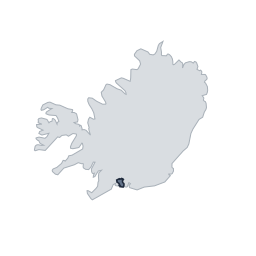 Flóahreppur, Suðurland, Iceland shown in context, rotated 333°
{"feature_id": "244011B29431294757890", "entity_name": "Flóahreppur", "entity_type": "district", "adm_level": 2, "iso_a3": "ISL", "parent_name": "Iceland", "parent_adm1": "Suðurland", "projection": "albers", "projection_center": [-20.876, 63.886], "detail": "fine", "context": "in_parent", "style": "filled", "palette": "slate", "viewbox_px": 256, "rotation_deg": 333, "n_neighbors": 0, "source": "geoboundaries", "source_scale": "gbopen_adm2", "svg_char_len": 4900}
<svg xmlns="http://www.w3.org/2000/svg" viewBox="0 0 256 256"><g transform="rotate(333 128 128)"><path d="M183.6,74.3L185.5,74.3L188.4,72.7L192.5,68.2L194.3,67.1L198.5,66.7L193.7,71.1L192.2,75.7L191.0,77.9L191.1,78.9L195.0,81.1L196.7,80.1L197.5,80.4L198.3,81.6L199.0,84.0L198.9,86.6L198.1,89.2L196.9,91.5L197.1,92.2L198.3,92.4L204.3,90.5L205.3,93.6L206.0,94.6L205.9,95.7L203.8,99.3L206.5,96.9L208.7,96.0L212.7,96.7L214.4,97.7L215.6,99.8L217.5,98.9L218.5,100.0L218.7,101.3L218.2,105.0L216.1,107.1L217.8,109.5L219.0,109.4L219.2,110.0L219.3,111.6L217.7,113.6L220.9,115.2L221.3,115.9L221.4,118.3L221.1,119.6L220.2,120.5L218.1,120.9L216.9,121.9L217.5,123.2L217.5,127.2L216.1,130.6L214.7,132.4L213.2,133.7L208.8,132.9L209.2,135.7L207.8,137.5L208.3,138.9L208.9,139.6L208.8,141.4L207.2,145.4L205.9,146.8L203.2,148.5L199.4,152.3L195.2,152.6L185.4,158.4L181.6,161.4L174.9,169.9L171.9,172.2L166.7,173.5L151.1,179.6L149.4,182.8L149.4,183.5L150.1,184.7L149.0,187.0L146.7,188.7L145.5,188.7L143.5,187.5L143.2,188.1L144.1,189.7L136.3,192.8L125.4,191.6L115.6,188.0L108.0,187.3L102.5,182.0L102.4,181.1L103.0,179.5L104.9,178.8L104.0,177.1L100.7,180.0L99.7,179.9L98.3,178.8L98.3,177.6L95.6,177.2L90.9,173.8L90.6,173.0L91.7,171.9L91.5,171.6L89.0,171.8L85.3,174.9L63.6,175.8L62.9,174.1L62.1,167.9L63.0,165.3L63.9,165.6L66.3,169.2L72.1,167.3L74.5,166.1L76.7,162.7L78.0,161.7L79.8,157.4L81.6,154.8L85.2,153.6L82.0,152.8L76.5,156.2L74.7,156.1L75.6,154.7L77.5,153.0L76.2,152.9L75.7,152.1L75.7,150.5L76.7,148.0L83.1,143.5L81.6,142.6L77.2,146.0L74.0,147.2L71.4,145.5L70.2,143.3L70.3,142.4L71.9,139.7L71.6,139.2L70.6,138.9L67.9,136.3L63.5,136.4L52.6,134.6L44.2,137.8L42.3,136.1L40.9,132.5L41.3,131.2L42.7,130.5L46.7,130.8L52.7,129.4L55.5,127.4L56.5,128.0L56.9,129.0L60.6,127.6L62.6,125.9L65.8,126.8L78.1,126.1L79.7,123.8L80.4,121.0L80.1,120.5L75.6,123.0L74.5,122.9L69.4,121.4L67.6,119.9L68.2,118.6L71.0,116.1L78.0,111.8L79.0,110.9L79.1,109.8L76.4,107.9L71.2,108.3L69.9,106.1L65.7,104.6L62.8,105.4L61.3,104.0L44.1,110.4L38.8,106.8L34.9,106.1L34.6,105.1L37.0,102.1L38.6,101.6L40.2,102.0L43.1,104.3L45.1,105.1L42.7,101.8L42.7,98.7L41.9,97.9L41.2,95.8L41.6,95.1L44.6,95.7L49.4,99.5L51.9,98.9L55.1,96.8L48.1,95.2L46.1,92.4L47.7,91.0L51.3,91.3L47.5,86.4L47.3,85.5L48.1,83.4L53.0,85.5L50.5,82.6L50.5,81.9L51.2,81.5L51.7,79.7L53.0,79.1L55.5,79.8L59.3,83.2L59.8,84.1L59.9,87.5L61.5,87.0L63.3,87.5L64.9,85.3L65.9,85.9L66.7,87.9L66.5,92.4L67.6,90.9L69.4,90.8L69.8,87.1L69.5,84.2L63.6,80.6L61.4,78.1L61.7,77.3L62.9,76.6L69.1,76.1L66.5,74.6L65.9,73.1L61.1,73.5L58.8,72.9L58.8,72.1L59.7,71.0L62.6,68.8L68.1,68.8L70.2,69.5L74.3,74.6L77.6,76.7L83.2,83.6L86.8,86.3L86.9,86.9L86.3,87.7L84.9,88.6L87.1,89.8L88.4,91.6L88.5,92.4L87.2,97.9L85.8,99.7L82.4,98.6L83.2,100.3L85.6,102.2L86.2,103.3L85.8,104.3L87.0,104.0L87.3,104.6L86.8,107.7L86.2,108.8L88.2,109.5L89.6,111.0L91.3,117.3L92.2,112.5L92.7,110.7L93.5,110.1L94.5,105.1L96.8,102.2L98.9,101.1L101.2,104.5L102.7,104.9L104.4,98.8L104.5,94.4L104.0,89.5L104.3,86.0L105.3,83.9L106.7,83.2L109.7,85.2L112.3,90.1L116.2,95.3L118.9,96.6L119.4,96.4L119.8,94.7L119.3,87.7L120.4,84.0L123.5,83.0L128.1,79.4L129.2,79.3L131.6,81.2L136.0,88.0L139.1,91.2L140.9,96.3L141.6,97.2L142.2,95.6L142.2,93.3L138.1,82.7L138.0,81.2L138.3,80.1L144.8,80.3L146.3,81.5L151.1,87.4L153.1,84.7L157.1,77.3L158.6,77.4L162.5,80.1L164.0,79.8L168.2,76.8L168.9,73.4L166.5,66.7L167.2,65.2L171.1,63.2L175.4,63.3L180.3,69.3L180.8,72.2L183.6,74.3Z" fill="#d9dde1" stroke="#a8b0b8" stroke-width="1"/><path d="M94.3,176.6L94.5,176.7L94.5,176.8L94.8,176.9L94.8,177.0L95.0,177.1L95.2,177.3L95.3,177.3L95.5,177.5L95.8,177.7L95.9,177.8L96.0,177.8L96.3,178.0L96.5,178.2L96.6,178.3L96.8,178.4L97.0,178.5L97.2,178.4L97.6,178.0L97.7,177.9L97.8,177.8L97.9,177.7L98.0,177.6L98.2,177.4L98.4,177.1L98.5,176.9L98.7,176.7L98.8,176.5L98.8,176.3L98.9,176.2L99.0,175.9L99.1,175.6L99.0,175.3L98.9,175.1L98.7,174.8L98.7,174.7L98.6,174.4L98.6,174.2L98.6,173.8L98.6,173.7L98.8,173.4L98.8,173.2L98.9,172.9L99.1,172.7L99.2,172.4L99.3,172.4L99.3,172.2L99.5,172.0L99.8,172.0L99.8,171.9L100.0,171.9L100.2,171.7L100.3,171.6L100.5,171.6L100.3,170.9L100.0,170.7L99.9,170.5L99.5,170.1L99.4,170.2L99.4,170.3L99.2,170.4L98.9,170.4L98.7,170.4L98.5,170.2L98.4,170.1L98.2,170.1L98.1,169.9L97.9,169.8L97.9,169.7L97.7,169.6L97.4,169.5L97.2,169.7L97.0,169.4L97.0,169.2L96.9,169.2L96.8,169.3L96.7,169.3L96.4,169.4L96.2,169.3L96.1,169.2L95.4,169.2L95.2,169.3L95.1,169.2L94.9,169.2L94.5,169.2L94.4,169.2L94.4,169.3L94.2,169.5L94.0,169.8L94.0,170.0L93.9,170.1L93.9,170.3L94.0,170.5L94.0,170.8L93.9,170.9L93.9,171.0L93.7,171.1L93.6,171.3L93.8,171.6L94.0,171.8L94.8,173.2L94.8,173.3L94.7,173.3L94.8,174.0L94.8,174.3L94.7,174.4L94.7,174.5L94.7,174.8L94.7,175.0L94.6,174.9L94.6,175.0L94.6,174.9L94.6,175.0L94.5,175.3L94.4,175.4L94.4,175.5L94.5,175.5L94.4,175.5L94.5,175.6L94.5,175.8L94.8,176.1L94.7,176.2L94.5,176.3L94.3,176.6Z" fill="#64748b" stroke="#1e293b" stroke-width="1.5"/></g></svg>